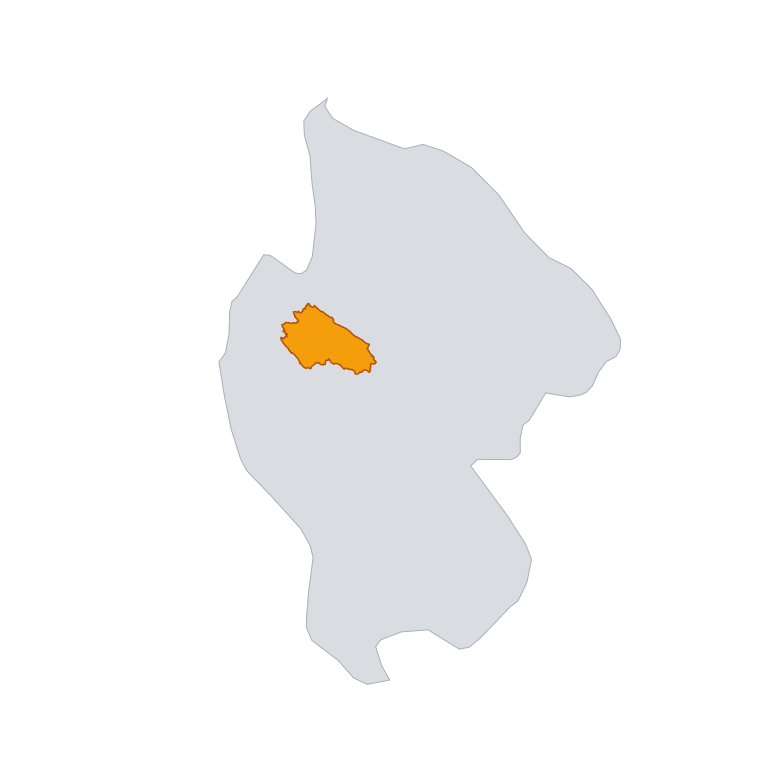 location of Gakenke, Northern, Rwanda, rotated 320°
{"feature_id": "39286606B43223731633869", "entity_name": "Gakenke", "entity_type": "district", "adm_level": 2, "iso_a3": "RWA", "parent_name": "Rwanda", "parent_adm1": "Northern", "projection": "equal_earth", "projection_center": [29.798, -1.711], "detail": "fine", "context": "in_parent", "style": "filled", "palette": "amber", "viewbox_px": 768, "rotation_deg": 320, "n_neighbors": 0, "source": "geoboundaries", "source_scale": "gbopen_adm2", "svg_char_len": 7097}
<svg xmlns="http://www.w3.org/2000/svg" viewBox="0 0 768 768"><g transform="rotate(320 384 384)"><path d="M320.7,223.0L327.8,222.8L374.9,207.7L379.6,212.4L387.2,241.8L391.2,246.1L397.7,247.1L410.9,240.4L435.1,217.4L445.7,203.4L458.1,183.7L474.0,161.6L482.9,142.3L491.6,131.0L502.9,127.6L515.5,128.4L524.2,128.8L517.0,133.4L515.5,147.6L523.8,170.2L550.8,217.0L568.0,225.6L579.2,243.8L590.2,274.5L593.5,312.9L588.9,359.0L591.6,393.3L601.5,415.8L604.1,445.0L599.4,480.9L593.7,502.3L586.9,509.4L579.2,512.1L568.8,509.7L556.2,512.7L542.4,519.4L533.7,520.4L528.3,519.1L518.1,513.4L502.0,494.8L472.1,505.1L464.0,504.8L452.9,513.7L444.0,524.5L438.5,525.3L433.0,523.8L407.2,501.9L397.7,502.6L393.9,564.1L389.5,598.1L384.2,613.3L365.7,628.0L347.1,636.3L337.0,635.8L296.0,640.4L280.0,640.4L271.2,635.4L259.7,600.6L238.0,585.1L217.2,577.9L208.7,579.9L201.2,598.1L198.1,614.5L177.9,603.2L171.8,589.4L171.2,566.1L163.9,534.1L168.0,520.5L175.9,511.7L192.6,494.8L218.1,471.4L223.6,460.2L227.2,441.6L225.6,398.4L223.1,361.8L226.1,348.8L237.8,320.6L253.4,291.7L271.6,261.1L282.5,258.2L296.9,246.6L312.2,229.5L320.7,223.0Z" fill="#d9dde1" stroke="#a8b0b8" stroke-width="1"/><path d="M373.2,359.7L373.5,360.0L374.0,360.2L374.5,360.8L375.1,360.3L375.4,360.2L376.2,360.5L377.1,360.3L378.3,360.9L379.0,361.5L379.9,363.3L379.9,364.0L379.9,364.5L380.0,365.1L380.8,365.7L381.2,365.5L381.8,364.8L383.0,364.3L383.2,363.9L383.3,363.1L383.5,362.8L384.0,362.5L385.1,362.2L385.6,361.0L386.8,360.0L387.4,360.3L387.8,361.0L388.5,361.2L388.9,361.5L389.4,362.4L389.6,362.5L390.2,362.6L390.6,362.4L391.6,362.5L392.2,361.7L392.0,361.2L392.2,360.9L392.0,360.5L392.1,360.4L392.0,359.9L391.8,359.9L391.9,359.5L391.8,359.2L392.0,358.8L391.9,358.5L392.2,358.3L392.4,357.8L393.1,357.4L393.0,357.2L393.3,356.9L393.3,356.7L393.4,356.2L393.5,355.9L393.4,355.8L393.4,355.6L393.3,355.2L393.4,354.9L393.3,354.5L393.1,354.6L393.2,354.4L393.1,353.9L392.9,354.0L393.0,353.6L392.9,353.4L393.0,353.1L393.2,351.9L393.0,351.5L393.1,350.9L393.1,350.7L393.3,350.1L393.5,349.9L393.4,349.5L393.7,348.6L393.7,347.9L393.8,347.6L393.8,346.9L394.0,346.6L393.8,346.2L394.1,345.7L394.3,345.5L395.2,345.7L396.3,345.0L397.6,344.7L398.3,344.1L398.2,343.7L397.7,343.5L397.4,343.0L396.2,340.6L396.1,339.9L396.1,339.2L395.9,338.4L395.7,338.0L395.6,337.5L395.6,336.8L395.8,336.2L395.3,335.8L395.0,334.6L394.6,334.0L394.5,333.2L394.2,332.7L393.7,332.2L393.7,331.8L393.8,331.6L393.9,331.2L392.9,330.1L392.5,329.1L392.4,328.7L392.6,328.2L392.6,327.8L392.0,327.1L391.9,325.8L391.8,324.7L391.7,324.4L391.9,323.5L391.4,322.6L391.5,322.3L391.8,321.7L391.5,321.3L391.2,320.4L391.1,320.0L391.2,319.7L391.0,319.1L390.8,318.7L390.7,317.7L390.5,317.3L390.5,316.9L389.7,315.4L389.6,314.6L389.4,314.2L389.0,314.0L388.6,313.5L388.5,312.4L387.9,311.6L387.6,310.1L387.0,309.5L386.8,309.1L386.1,307.7L385.7,307.4L385.7,306.5L385.3,305.7L385.1,304.7L385.2,304.2L385.5,303.8L385.6,303.2L386.1,302.7L386.3,302.3L386.6,302.4L386.7,302.1L387.0,299.9L386.9,299.7L386.7,299.8L386.4,299.2L386.2,299.3L385.9,298.8L385.9,298.6L385.6,298.5L385.7,298.3L385.1,296.7L385.2,296.0L384.9,295.7L384.9,295.0L384.4,294.6L384.5,294.2L384.3,293.6L384.2,292.8L384.0,292.2L383.9,291.2L383.7,291.0L383.8,290.3L383.6,290.0L383.6,289.5L383.3,289.0L383.0,288.9L382.5,288.3L382.6,287.9L382.1,287.4L382.0,286.7L382.1,286.2L381.7,284.8L381.8,283.9L381.5,283.1L381.6,282.7L381.3,282.3L381.3,281.4L381.5,281.0L381.3,280.2L381.0,279.8L381.1,279.4L380.1,279.6L379.1,279.6L378.6,279.4L378.3,278.5L378.2,278.5L378.2,277.8L377.7,277.1L377.7,276.6L377.5,276.3L377.8,275.7L377.6,275.6L377.6,275.3L378.1,275.1L378.2,274.8L378.1,274.4L377.7,274.0L377.5,273.5L377.2,273.5L376.8,273.9L376.5,273.8L376.2,274.1L376.0,273.8L375.7,274.1L375.2,274.4L374.6,274.0L374.3,274.0L373.4,274.7L373.2,274.9L372.7,274.8L372.5,275.0L372.3,275.1L372.2,275.5L372.1,275.3L371.8,275.3L371.6,275.1L371.1,275.3L370.9,275.0L370.4,274.7L370.3,275.3L369.7,275.5L369.3,275.4L368.7,276.0L368.4,275.8L368.2,275.5L367.4,276.1L366.4,276.3L365.4,275.3L365.2,274.9L365.3,274.6L365.3,274.3L365.4,274.1L364.9,273.6L364.9,273.3L364.7,273.4L364.6,273.6L363.9,273.5L363.7,273.6L363.4,272.8L362.9,271.9L362.0,271.1L361.5,271.0L361.0,270.6L359.9,272.8L359.8,273.0L359.9,274.2L359.2,274.6L358.9,275.4L359.1,275.9L359.0,276.8L359.1,277.0L359.1,277.3L359.2,277.5L359.1,277.9L359.2,280.5L358.4,281.1L358.0,280.5L357.7,280.6L357.5,280.8L357.1,280.6L356.7,280.8L356.6,280.7L356.4,280.9L356.0,280.7L355.7,280.9L355.2,280.6L355.0,280.1L354.6,279.9L354.3,279.1L353.8,278.8L353.7,278.5L352.8,278.6L351.8,277.9L351.3,276.9L350.8,276.6L350.4,275.5L349.8,275.2L348.9,274.6L348.4,273.7L348.0,273.6L346.9,274.0L346.6,274.0L346.2,273.7L346.0,273.8L345.9,273.7L345.4,273.9L345.1,273.8L344.4,273.2L344.1,273.0L344.0,273.4L343.1,274.4L342.9,275.0L343.1,276.2L342.9,276.4L342.9,277.3L342.5,277.6L341.8,277.9L342.3,278.7L342.5,279.4L342.4,279.6L342.1,279.7L340.7,279.3L341.0,279.8L340.8,280.7L341.0,280.9L341.2,281.6L341.3,282.1L341.8,282.4L341.9,283.3L341.5,283.2L341.4,283.4L341.0,283.2L340.8,283.4L340.7,283.2L340.4,283.1L340.4,283.5L340.7,283.8L340.6,284.6L340.4,285.0L340.2,284.4L339.9,284.3L338.9,284.3L338.6,284.5L338.1,284.3L337.4,284.8L336.7,284.5L336.5,284.2L336.1,284.4L335.9,283.3L335.8,283.2L335.7,283.3L335.6,283.1L335.4,283.1L335.4,282.6L335.0,282.2L334.4,282.9L334.2,282.9L334.1,283.2L333.8,284.4L333.5,284.6L333.5,285.6L333.7,286.3L333.5,286.5L333.0,288.0L333.3,288.7L333.1,289.5L333.2,290.0L333.0,291.0L333.1,291.6L333.2,292.2L333.2,293.7L333.2,293.9L333.4,294.6L333.6,294.8L333.3,295.8L333.2,296.0L333.2,296.4L333.0,296.7L333.1,297.1L333.0,297.4L333.2,297.7L333.2,298.0L333.0,298.4L333.1,299.1L333.0,299.8L333.1,301.1L333.6,301.0L333.9,301.5L334.1,302.5L334.1,302.9L334.4,305.2L334.2,306.4L334.5,307.9L334.2,308.6L334.3,309.1L334.3,309.8L334.0,310.5L334.1,311.0L333.9,311.9L333.7,312.3L333.8,313.2L333.1,313.3L332.8,313.8L332.9,314.2L332.8,314.4L333.3,314.6L333.3,314.8L333.2,315.0L333.3,315.3L333.2,315.9L333.3,316.3L333.3,317.0L333.2,317.6L333.4,318.1L333.3,318.7L333.2,318.9L333.5,319.3L333.4,320.1L333.5,320.4L334.0,320.8L334.5,322.0L335.2,322.2L335.5,322.5L336.0,322.5L336.5,322.6L337.1,323.6L337.2,324.8L337.7,325.1L338.0,325.0L338.6,325.0L338.9,324.5L340.6,323.9L341.1,324.0L341.6,324.3L343.4,324.1L344.3,324.3L345.0,324.0L345.4,324.1L345.8,324.6L346.4,324.6L346.5,325.2L346.8,325.4L347.8,325.8L347.9,327.0L347.8,327.8L348.3,328.6L348.7,329.0L349.0,329.1L349.4,330.0L349.8,330.4L350.5,330.2L351.2,331.0L351.9,331.1L352.1,330.9L353.0,329.6L353.8,328.9L354.9,328.9L355.9,329.8L356.6,329.4L356.9,329.5L357.2,329.9L357.7,329.4L358.0,329.6L358.1,330.0L357.7,330.6L357.7,331.7L357.2,333.5L357.5,334.1L357.8,334.9L358.2,336.2L358.5,336.6L359.3,336.8L359.8,336.8L361.5,338.5L362.0,339.9L362.2,340.6L362.8,341.6L362.6,342.4L362.8,344.5L362.7,346.1L363.2,347.2L364.6,346.9L364.8,347.4L366.2,349.5L366.3,349.9L367.1,350.2L367.3,351.3L367.5,351.5L368.6,351.9L368.8,352.7L369.1,352.8L369.3,354.2L369.5,355.5L369.2,356.7L368.6,357.3L368.6,357.8L368.8,358.2L369.6,359.0L370.4,359.5L371.8,359.6L372.9,359.2L373.2,359.7Z" fill="#f59e0b" stroke="#b45309" stroke-width="1.5"/></g></svg>